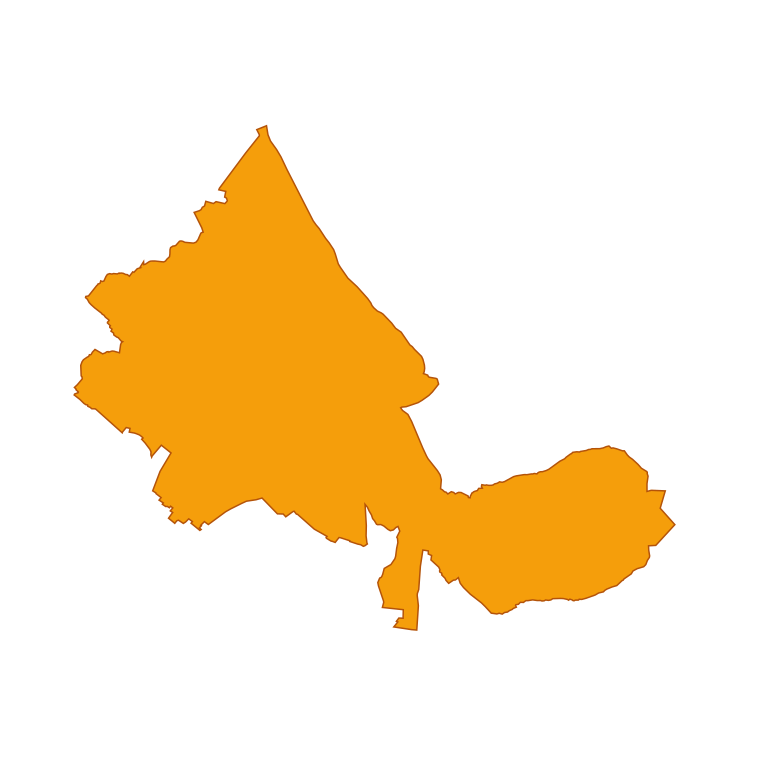 outline of Tlaxcala, Tlaxcala, Mexico, rotated 98°
{"feature_id": "50627088B5718128794016", "entity_name": "Tlaxcala", "entity_type": "district", "adm_level": 2, "iso_a3": "MEX", "parent_name": "Mexico", "parent_adm1": "Tlaxcala", "projection": "robinson", "projection_center": [-98.23, 19.317], "detail": "fine", "context": "isolated", "style": "filled", "palette": "amber", "viewbox_px": 768, "rotation_deg": 98, "n_neighbors": 0, "source": "geoboundaries", "source_scale": "gbopen_adm2", "svg_char_len": 6159}
<svg xmlns="http://www.w3.org/2000/svg" viewBox="0 0 768 768"><g transform="rotate(98 384 384)"><path d="M506.0,92.4L482.8,76.4L468.6,93.2L450.7,90.6L452.1,104.6L453.8,108.6L446.1,109.7L438.5,109.7L436.3,110.8L434.8,111.0L434.1,111.6L431.6,117.4L428.3,121.2L424.0,127.4L422.2,130.9L420.5,133.1L416.7,136.7L417.0,138.5L415.8,144.6L415.4,148.3L416.0,149.9L414.1,152.6L415.1,155.2L416.8,158.0L418.0,161.4L419.2,169.1L420.0,170.5L420.4,172.3L421.7,174.5L423.5,180.2L424.1,180.7L424.3,183.7L425.4,187.6L426.9,188.7L427.3,189.5L431.2,193.5L432.9,194.7L436.0,199.1L445.5,208.9L447.1,211.3L448.8,214.9L449.1,216.8L449.7,218.2L450.6,219.3L451.7,220.0L451.7,222.8L452.4,224.2L452.6,225.7L453.9,229.8L454.2,232.5L456.6,240.3L457.7,242.8L463.9,251.1L464.9,253.3L464.8,255.9L466.5,258.0L467.5,260.5L468.8,262.0L469.3,263.2L469.8,266.1L469.7,268.7L470.2,269.6L470.1,273.1L471.7,273.3L473.5,272.1L474.2,275.7L476.5,276.7L477.7,279.3L478.5,280.5L479.3,281.0L479.6,281.7L483.2,282.9L484.7,282.9L484.7,284.6L483.2,285.1L480.7,292.6L481.0,295.2L482.9,298.1L482.8,298.5L481.7,299.8L481.3,302.4L484.0,305.5L482.5,307.4L482.3,309.1L480.7,311.4L479.9,313.4L470.9,313.9L466.2,315.8L462.3,319.1L451.9,330.0L449.4,331.9L442.0,336.7L417.3,351.4L410.8,356.1L407.6,362.0L405.2,364.2L404.4,363.1L403.4,358.9L397.7,347.6L394.8,344.0L389.0,337.9L385.2,335.0L376.5,329.9L371.7,332.0L371.2,333.2L371.0,340.1L370.5,341.1L369.1,342.0L368.2,346.4L366.3,345.9L362.9,345.9L359.7,346.6L354.1,348.9L351.4,350.7L345.5,358.6L343.1,361.2L341.7,363.8L330.3,374.2L327.2,380.3L322.6,384.9L315.0,394.6L313.9,396.8L312.7,400.7L309.9,404.8L307.9,406.9L305.6,408.3L301.6,412.1L291.4,424.2L284.2,434.5L274.5,443.5L271.4,446.0L261.9,450.4L257.9,452.6L251.8,458.0L247.8,462.2L239.1,469.8L235.7,473.6L232.2,476.9L185.2,509.9L173.5,517.6L167.0,522.8L159.2,530.2L153.3,533.6L144.6,536.3L149.8,545.4L154.4,542.2L155.6,542.0L174.4,553.1L213.0,574.2L214.7,574.6L215.3,567.5L221.1,567.8L221.8,565.9L224.2,564.7L225.1,565.0L227.5,566.7L226.8,575.7L229.0,578.0L227.9,585.9L232.7,586.5L234.3,588.5L236.8,589.4L238.1,591.0L240.5,595.9L254.7,586.2L258.8,584.2L259.6,585.9L260.3,586.4L267.1,588.3L269.7,589.9L271.0,592.3L271.4,600.9L270.7,603.1L270.6,605.0L271.1,606.4L275.8,609.5L276.6,611.1L276.7,612.1L278.6,614.3L280.8,614.6L284.9,614.1L287.8,614.1L290.8,616.5L292.7,617.5L293.8,619.2L294.1,628.0L294.7,631.9L295.4,633.4L298.6,637.0L299.2,638.5L296.3,639.1L302.3,641.8L302.7,641.9L302.8,641.5L304.2,644.4L308.2,647.2L307.9,648.4L312.7,651.1L311.4,653.4L311.5,655.1L310.7,657.6L310.7,659.8L311.3,661.5L311.0,661.8L312.1,663.4L312.3,667.3L313.0,668.7L312.9,671.1L314.0,673.2L316.2,674.3L321.0,675.7L321.7,677.2L321.3,678.9L323.4,679.1L324.1,679.7L324.8,681.2L325.7,681.4L326.4,682.1L337.9,688.9L338.8,691.5L340.0,691.6L341.3,689.6L344.4,687.3L346.2,685.1L348.9,681.1L353.2,673.6L354.0,672.9L354.9,670.8L356.6,669.2L358.7,665.6L359.3,665.1L361.3,666.4L362.0,666.4L364.4,663.1L365.2,663.6L366.2,663.4L367.5,661.0L369.7,661.7L371.1,659.0L373.1,658.3L374.7,655.2L375.1,653.6L378.0,650.3L378.5,648.7L379.3,649.7L381.6,650.3L389.9,650.3L389.1,655.9L389.2,657.8L390.7,661.1L390.3,661.7L390.8,663.2L392.0,664.4L393.3,666.8L390.0,675.0L393.1,677.2L395.5,678.1L396.0,678.9L396.0,679.8L397.8,680.3L398.9,681.9L401.8,685.0L404.0,686.1L407.7,686.9L418.1,685.0L418.9,684.1L420.9,683.5L427.4,687.6L430.5,690.1L432.0,688.1L432.6,688.2L434.1,685.9L434.3,686.1L435.1,685.6L437.0,689.0L438.0,689.3L441.6,683.0L445.0,678.4L446.0,676.3L446.0,674.6L447.3,674.2L448.0,671.8L449.2,669.9L448.8,666.6L449.1,665.8L468.8,636.4L467.8,636.2L463.0,633.2L463.3,629.3L467.1,629.6L467.3,624.4L467.7,622.2L468.5,619.0L469.8,616.7L471.0,615.1L472.4,616.3L475.6,612.4L481.3,606.7L483.6,605.3L486.7,605.0L488.8,603.9L487.6,603.6L475.6,596.0L481.9,585.3L501.7,593.6L522.0,598.2L523.6,594.7L524.3,594.5L527.5,588.9L530.3,590.6L532.5,586.0L533.9,586.8L535.7,583.2L535.4,581.5L536.4,579.3L534.7,578.3L536.1,575.9L539.4,578.0L540.6,575.4L546.9,578.7L551.1,571.8L548.2,570.1L547.5,568.5L550.0,563.3L548.3,561.3L544.7,558.6L546.9,554.6L548.7,555.7L554.6,546.0L553.5,544.8L552.2,546.8L549.8,545.1L549.4,545.8L545.3,542.7L547.6,538.4L532.6,523.1L528.9,518.3L522.1,508.4L519.2,503.9L516.4,494.5L513.9,488.9L527.4,471.5L526.8,465.7L529.2,462.8L523.0,456.4L522.5,455.3L525.0,452.7L525.1,451.5L537.4,432.9L542.7,419.5L542.8,419.2L544.0,420.0L544.8,419.5L547.0,414.4L546.9,413.7L547.7,410.3L542.3,407.2L542.3,405.7L544.0,396.0L544.7,396.0L546.2,387.7L546.4,384.7L547.6,381.9L546.9,380.5L544.7,378.2L543.7,378.8L536.9,380.6L526.7,381.8L505.8,386.0L508.3,383.3L511.9,381.0L515.4,378.2L518.9,376.5L520.8,374.4L523.9,371.9L524.2,370.7L523.6,367.5L524.7,364.3L527.4,359.9L528.4,357.3L527.2,354.4L524.4,352.2L523.1,350.3L527.5,347.9L534.0,350.0L535.2,349.1L539.1,348.2L544.9,348.6L552.9,348.5L555.5,348.9L561.8,352.0L566.6,358.1L572.6,358.8L574.9,359.4L575.9,359.9L576.5,361.0L577.2,361.4L581.5,362.5L584.7,361.4L598.9,354.3L600.3,353.9L605.5,354.5L604.8,333.5L613.3,332.5L613.7,336.7L617.3,338.7L617.7,337.2L623.2,340.5L623.4,322.5L623.1,317.3L598.8,319.1L588.7,321.7L586.8,321.8L582.7,321.0L559.4,322.6L543.0,322.4L543.1,316.9L546.2,316.5L547.2,313.0L551.7,313.0L557.7,304.3L559.9,302.9L560.4,302.7L561.4,303.0L562.6,302.4L563.1,300.8L564.3,300.1L565.0,300.3L567.9,296.5L569.8,295.3L572.4,292.2L568.6,288.0L568.1,286.0L565.4,283.4L570.7,280.8L574.5,276.9L580.2,269.2L587.2,257.0L590.4,252.7L596.0,245.9L596.0,240.2L595.0,238.0L595.4,234.9L593.5,232.8L592.6,229.9L591.0,228.3L589.4,225.7L588.2,224.7L586.6,221.9L585.1,222.9L584.2,222.7L583.4,220.2L581.2,218.6L580.9,215.5L578.8,213.4L578.5,211.3L577.1,206.8L577.1,202.0L576.6,198.9L576.9,197.4L576.4,195.2L575.4,193.9L575.4,191.1L574.6,188.7L573.1,187.0L571.8,179.6L571.5,176.6L571.8,172.4L572.4,171.1L571.2,170.0L571.6,167.7L572.2,166.7L572.2,165.6L571.4,164.5L570.9,161.3L570.0,160.8L569.8,158.2L568.1,154.2L563.5,145.4L561.1,142.4L559.3,137.8L557.6,136.6L556.1,134.8L553.3,130.0L551.2,125.4L545.5,120.8L545.0,119.9L543.6,119.2L537.6,112.7L534.6,111.5L533.7,110.4L531.6,107.5L528.8,101.4L526.4,99.6L522.0,98.6L518.9,97.1L517.3,97.0L511.8,98.7L507.4,99.5L506.0,92.4Z" fill="#f59e0b" stroke="#b45309" stroke-width="1.5"/></g></svg>